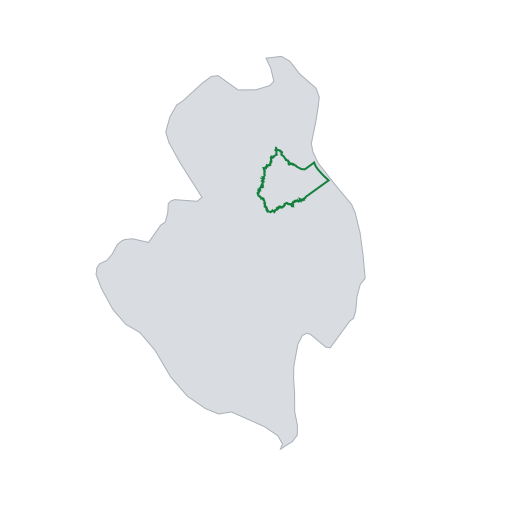 location of Karongi, Western, Rwanda, rotated 144°
{"feature_id": "39286606B2179123121438", "entity_name": "Karongi", "entity_type": "district", "adm_level": 2, "iso_a3": "RWA", "parent_name": "Rwanda", "parent_adm1": "Western", "projection": "equal_earth", "projection_center": [29.451, -2.174], "detail": "fine", "context": "in_parent", "style": "outline", "palette": "green", "viewbox_px": 512, "rotation_deg": 144, "n_neighbors": 0, "source": "geoboundaries", "source_scale": "gbopen_adm2", "svg_char_len": 7013}
<svg xmlns="http://www.w3.org/2000/svg" viewBox="0 0 512 512"><g transform="rotate(144 256 256)"><path d="M213.7,148.3L218.5,148.2L249.9,138.1L253.1,141.2L258.1,160.9L260.8,163.8L265.2,164.5L274.0,160.0L290.2,144.6L297.3,135.2L305.6,122.1L316.2,107.3L322.2,94.3L328.0,86.8L335.6,84.5L344.0,85.1L349.8,85.3L345.0,88.4L344.0,97.9L349.5,113.0L367.6,144.3L379.1,150.1L386.6,162.3L393.9,182.8L396.1,208.4L393.1,239.3L394.9,262.2L401.5,277.3L403.2,296.8L400.1,320.8L396.2,335.1L391.7,339.9L386.6,341.7L379.6,340.0L371.1,342.1L361.9,346.6L356.1,347.2L352.5,346.4L345.7,342.5L335.0,330.1L314.9,337.0L309.5,336.8L302.1,342.7L296.1,350.0L292.5,350.5L288.8,349.5L271.5,334.9L265.2,335.3L262.6,376.4L259.7,399.2L256.1,409.4L243.8,419.2L231.3,424.8L224.5,424.4L197.2,427.5L186.4,427.5L180.6,424.1L172.9,400.9L158.4,390.5L144.4,385.7L138.8,387.0L133.7,399.2L131.6,410.1L118.1,402.6L114.1,393.4L113.7,377.8L108.8,356.4L111.5,347.3L116.8,341.4L128.0,330.1L145.1,314.5L148.7,307.0L151.1,294.5L150.0,265.6L148.4,241.2L150.4,232.5L158.2,213.6L168.6,194.3L180.8,173.8L188.2,171.8L197.8,164.1L208.0,152.6L213.7,148.3Z" fill="#d9dde1" stroke="#a8b0b8" stroke-width="1"/><path d="M211.5,309.1L212.7,308.6L213.1,308.6L213.4,308.2L213.7,307.4L213.9,307.8L214.2,307.4L214.6,308.1L214.9,308.3L215.1,307.8L214.9,307.3L215.1,306.7L215.6,306.9L215.5,306.4L216.0,306.2L216.4,305.7L216.8,306.1L217.5,306.2L218.0,305.5L217.8,305.0L218.4,304.1L218.3,303.7L218.5,303.3L218.4,303.1L218.4,302.5L218.2,302.3L217.9,302.3L217.7,301.7L217.6,300.8L217.9,300.6L217.8,300.3L218.0,299.7L217.7,299.7L217.7,299.3L217.6,299.1L217.4,299.4L217.0,299.2L216.9,298.3L216.3,298.3L216.2,298.2L216.5,297.4L217.0,297.1L216.9,296.9L216.7,297.0L216.7,296.8L216.8,296.4L216.7,296.0L216.9,295.6L217.3,295.1L217.5,294.6L218.0,294.0L218.2,293.9L218.1,293.6L217.9,293.5L218.3,293.2L218.2,292.9L218.6,292.6L218.6,291.9L218.9,291.5L219.4,291.4L219.4,291.1L219.8,291.1L219.9,290.9L219.7,290.7L219.7,290.4L219.5,290.2L219.4,290.3L219.2,290.3L219.2,289.9L218.9,289.7L218.9,289.3L219.0,288.9L219.1,289.1L219.2,289.7L219.3,289.8L219.5,289.7L219.6,288.7L219.3,287.9L219.6,288.2L219.8,287.5L220.3,287.4L220.4,286.8L220.0,286.9L219.9,286.3L220.1,286.1L220.4,286.3L220.6,285.5L220.6,285.2L220.0,285.1L219.7,284.9L219.3,284.1L218.9,283.7L218.5,282.9L218.1,282.9L218.0,283.1L217.6,282.8L217.2,282.8L215.9,283.2L215.7,281.9L215.5,281.6L215.3,281.6L215.2,281.3L215.3,280.8L214.7,280.9L214.2,281.7L213.8,281.9L213.5,281.6L212.5,281.6L211.9,281.2L211.5,281.1L211.0,281.2L211.1,281.3L211.4,281.3L211.5,281.5L211.4,282.1L211.2,282.3L210.9,281.9L210.6,282.1L210.4,281.5L210.0,281.6L209.9,281.9L209.7,281.7L209.5,281.9L209.4,281.8L209.0,282.0L208.8,281.8L208.6,282.4L208.4,282.4L208.4,282.2L208.1,281.9L208.3,281.7L208.3,281.3L207.8,280.9L207.3,281.1L207.2,280.9L207.0,281.2L206.4,280.1L206.2,280.3L205.9,280.0L205.6,280.0L204.9,279.8L204.6,280.2L204.4,280.1L204.0,279.9L203.6,280.3L202.9,280.2L202.5,280.6L202.7,281.0L202.4,281.3L201.9,281.1L201.7,281.2L201.3,281.0L200.2,281.1L200.1,280.8L199.8,280.5L199.8,280.3L199.5,280.2L199.7,279.6L199.5,279.1L199.3,279.1L199.1,278.7L198.8,278.6L198.6,278.3L198.3,278.3L198.2,278.0L197.7,277.8L197.6,277.5L197.6,277.1L196.9,277.2L196.9,276.8L197.1,276.7L197.4,275.9L197.4,275.3L197.6,275.1L196.8,274.4L196.7,274.8L196.4,275.0L196.2,275.4L195.9,275.5L195.9,275.8L195.6,276.3L195.3,277.2L195.0,277.3L194.8,277.6L194.4,277.8L194.3,277.5L194.1,277.3L193.6,277.2L193.5,277.3L193.2,277.0L192.5,277.1L192.4,277.5L192.5,277.7L192.3,277.9L191.8,277.7L191.6,276.9L191.2,276.9L191.1,277.2L190.8,277.1L190.7,276.4L190.4,276.1L190.1,276.1L190.0,275.9L189.8,275.8L189.5,276.1L189.5,275.8L189.7,275.2L189.5,274.9L189.0,274.9L188.9,275.3L188.7,275.2L188.2,274.8L188.1,275.0L187.9,275.0L187.7,274.6L187.5,275.2L187.3,275.2L187.1,275.8L186.9,275.1L186.3,275.3L186.1,274.6L185.7,274.6L185.4,274.4L185.0,274.4L184.9,274.1L185.1,274.1L185.1,273.7L185.3,273.6L185.1,273.5L184.9,273.6L184.5,273.6L184.1,273.3L184.0,273.5L183.8,273.8L183.7,273.8L183.5,274.1L183.2,274.3L182.1,273.9L181.8,274.0L181.2,274.6L152.8,274.5L154.2,281.7L154.6,285.5L155.0,289.2L155.0,292.0L154.9,293.7L154.5,295.6L154.0,297.5L155.4,297.4L165.5,297.4L168.0,299.4L168.5,300.2L170.5,304.2L170.7,304.9L170.5,305.5L171.2,306.4L171.1,306.5L171.2,306.9L171.5,307.0L171.7,307.6L171.9,307.7L171.8,308.0L171.7,308.1L171.7,308.4L171.9,308.7L172.0,308.6L172.0,308.4L172.2,308.2L172.4,308.2L172.6,309.2L172.8,309.2L172.8,309.7L172.9,309.8L173.2,309.6L173.6,309.8L173.7,310.3L174.0,310.5L174.0,310.8L174.3,310.5L174.7,310.4L175.0,310.4L175.1,310.6L175.2,310.8L175.3,310.6L175.5,310.6L175.6,310.9L175.5,311.3L174.9,311.2L174.8,312.2L174.6,312.8L174.2,313.1L174.3,313.6L174.0,313.9L173.9,314.3L174.1,314.7L174.9,315.3L174.9,315.6L175.1,315.8L174.9,316.0L174.9,316.4L175.3,316.5L175.0,317.4L175.2,318.0L175.2,318.4L175.0,319.3L175.0,320.4L175.2,320.6L175.2,321.2L175.5,321.7L175.6,322.5L175.9,322.8L175.8,323.1L175.5,323.2L175.2,323.6L175.3,323.8L174.8,324.1L174.6,324.6L174.1,324.5L174.0,324.8L174.0,325.3L174.2,325.5L174.2,325.8L174.9,326.2L174.9,326.4L174.6,327.5L175.5,328.4L176.3,328.8L176.3,329.1L176.5,329.3L176.4,329.6L176.4,330.0L176.6,330.2L176.6,330.6L177.0,330.7L176.6,330.9L176.2,331.6L176.2,331.8L176.3,332.0L176.7,332.3L176.9,332.4L176.4,332.1L176.2,331.7L176.3,331.5L176.7,330.9L177.4,330.7L177.6,330.2L177.5,329.9L177.8,329.5L177.9,328.9L178.9,327.3L179.2,327.2L179.4,326.9L179.7,326.6L179.7,326.1L179.9,326.2L180.2,325.9L182.6,326.2L183.2,325.8L183.7,326.3L184.2,325.7L184.9,325.7L185.2,325.8L185.2,326.0L185.5,326.9L185.4,327.3L185.9,327.2L186.1,327.0L186.1,326.6L186.3,326.4L186.3,326.2L186.6,326.1L186.6,325.9L186.8,325.8L187.1,325.1L187.4,324.8L187.3,324.6L187.6,324.3L187.7,323.9L187.9,323.9L187.9,323.6L188.3,323.0L188.6,322.9L189.1,323.4L189.7,322.6L190.1,322.6L190.5,322.3L190.8,321.6L190.8,321.3L191.0,321.1L191.7,321.4L191.9,321.8L192.7,322.2L192.8,322.4L193.3,322.6L193.5,322.4L193.8,322.5L193.9,322.9L194.4,322.4L195.0,322.4L194.8,321.9L195.1,322.0L195.3,321.8L195.5,322.0L195.7,321.6L196.0,321.6L196.4,321.2L196.8,322.0L197.7,322.0L198.0,322.4L198.3,321.9L198.4,322.1L198.5,321.8L198.8,321.2L198.6,320.9L198.9,320.1L198.8,319.9L198.9,319.7L199.2,319.7L199.3,319.2L199.8,319.1L200.3,318.1L200.6,318.1L200.8,317.8L201.0,317.7L201.0,317.3L201.5,316.6L201.4,316.3L201.6,316.0L202.0,315.9L202.4,316.4L202.3,316.2L202.6,315.7L203.4,315.4L203.4,315.2L203.6,315.1L203.8,314.7L204.0,315.0L204.0,314.9L204.1,315.0L204.5,315.0L204.6,314.3L204.9,313.9L204.9,314.3L205.3,314.6L205.0,313.7L205.3,313.2L205.6,313.1L205.8,313.4L206.0,312.8L206.4,312.9L206.3,312.6L206.6,312.6L206.7,312.3L206.9,312.4L206.8,312.1L207.0,312.2L207.2,311.9L207.2,311.6L207.5,311.3L207.7,311.0L208.2,310.8L208.5,310.1L208.7,310.4L208.9,310.1L209.0,310.3L209.5,310.2L209.4,310.1L209.2,310.1L209.0,309.5L209.2,309.3L209.2,309.6L209.4,309.7L209.7,309.4L209.4,308.8L209.5,308.6L209.8,308.7L209.9,307.9L210.2,308.1L210.6,307.9L210.9,308.0L211.2,308.6L211.2,308.9L211.5,309.1Z" fill="none" stroke="#15803d" stroke-width="2"/></g></svg>